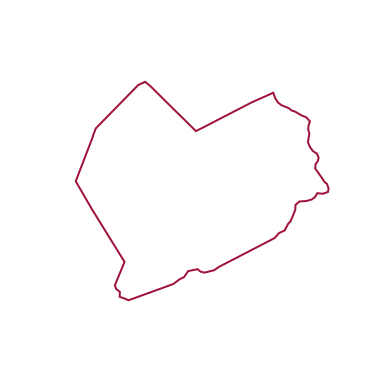 the district of Batalha, Alagoas, Brazil, rotated 302°
{"feature_id": "56859067B6821079031532", "entity_name": "Batalha", "entity_type": "district", "adm_level": 2, "iso_a3": "BRA", "parent_name": "Brazil", "parent_adm1": "Alagoas", "projection": "albers", "projection_center": [-37.075, -9.708], "detail": "fine", "context": "isolated", "style": "outline", "palette": "rose", "viewbox_px": 384, "rotation_deg": 302, "n_neighbors": 0, "source": "geoboundaries", "source_scale": "gbopen_adm2", "svg_char_len": 1075}
<svg xmlns="http://www.w3.org/2000/svg" viewBox="0 0 384 384"><g transform="rotate(302 192 192)"><path d="M260.6,93.9L254.2,89.7L202.8,78.4L195.0,76.7L189.3,77.8L184.4,79.0L139.5,87.7L124.3,116.4L97.0,171.8L72.1,176.0L69.6,179.0L69.1,183.7L64.8,186.2L65.9,191.2L66.6,195.6L104.2,225.0L108.6,226.6L111.7,227.9L115.7,230.4L122.8,230.6L129.5,237.6L129.0,241.3L130.2,245.3L137.5,252.3L142.9,254.6L196.8,286.5L203.2,287.5L208.6,291.0L215.9,290.4L219.5,291.1L228.0,289.7L231.8,288.9L235.9,286.6L240.9,288.1L244.8,293.6L249.2,297.6L253.1,299.0L257.4,298.9L259.7,303.7L264.1,307.3L267.3,306.0L270.3,302.3L270.8,299.0L272.6,295.1L274.4,290.8L275.9,287.4L277.2,284.0L281.3,282.0L285.3,282.3L288.3,281.1L290.7,277.7L290.8,272.8L292.8,267.9L295.6,264.0L299.0,262.5L303.6,260.7L306.6,257.4L309.9,255.7L314.4,254.6L315.9,249.2L315.0,244.4L314.9,240.6L314.8,236.7L313.9,233.3L314.4,229.5L313.7,226.1L313.0,221.6L313.5,217.2L315.6,213.0L319.2,208.3L299.9,195.3L251.2,166.4L245.7,163.0L249.6,145.9L251.8,135.7L259.7,100.7L260.6,93.9Z" fill="none" stroke="#9f1239" stroke-width="2"/></g></svg>